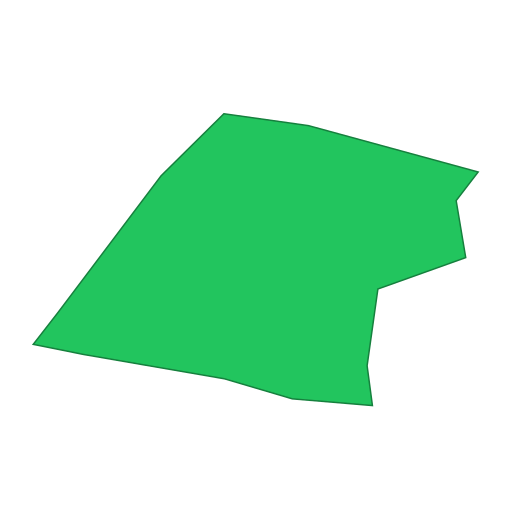 outline of Čair, rotated 278°
{"feature_id": "MKD-2913", "entity_name": "Čair", "entity_type": "Municipality", "adm_level": 1, "iso_a3": "MKD", "parent_name": "North Macedonia", "parent_adm1": "", "projection": "natural_earth1", "projection_center": [21.435, 41.994], "detail": "fine", "context": "isolated", "style": "filled", "palette": "green", "viewbox_px": 512, "rotation_deg": 278, "n_neighbors": 0, "source": "natural_earth", "source_scale": "10m", "svg_char_len": 347}
<svg xmlns="http://www.w3.org/2000/svg" viewBox="0 0 512 512"><g transform="rotate(278 256 256)"><path d="M137.5,47.7L171.8,67.4L322.3,150.9L392.4,204.4L392.4,289.8L370.1,464.3L338.7,446.5L283.6,463.9L240.3,381.3L162.8,381.3L124.1,392.1L119.6,311.8L130.0,241.9L134.5,98.8L137.5,47.7Z" fill="#22c55e" stroke="#15803d" stroke-width="1.5"/></g></svg>